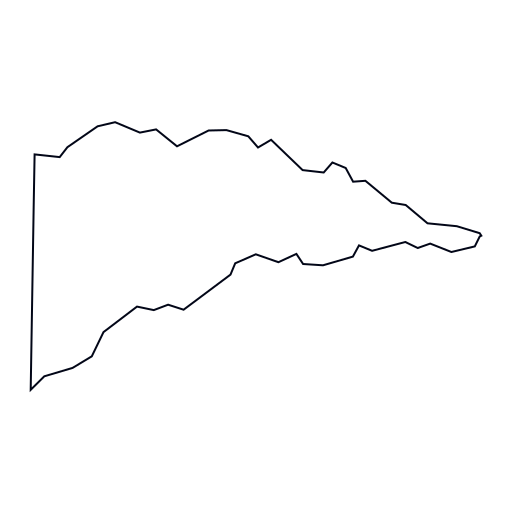 outline of Delta, Texas, United States of America
{"feature_id": "52423323B91707505421918", "entity_name": "Delta", "entity_type": "district", "adm_level": 2, "iso_a3": "USA", "parent_name": "United States of America", "parent_adm1": "Texas", "projection": "orthographic", "projection_center": [-95.581, 33.357], "detail": "fine", "context": "isolated", "style": "outline", "palette": "ink", "viewbox_px": 512, "rotation_deg": 0, "n_neighbors": 0, "source": "geoboundaries", "source_scale": "gbopen_adm2", "svg_char_len": 741}
<svg xmlns="http://www.w3.org/2000/svg" viewBox="0 0 512 512"><path d="M33.7,205.1L30.7,389.8L44.3,376.3L72.6,367.9L91.8,356.3L103.5,332.1L137.0,306.6L153.8,310.1L168.1,304.7L183.6,309.7L230.5,274.6L235.2,263.3L255.8,254.3L278.4,262.2L296.4,253.9L303.1,264.0L323.0,265.3L352.9,256.6L359.0,245.4L372.1,250.8L405.3,242.0L417.7,248.0L430.2,243.6L451.4,252.0L474.8,246.4L479.7,236.5L481.3,235.7L479.7,233.2L456.8,226.2L427.5,223.3L405.7,205.0L391.8,202.7L365.4,180.8L353.1,181.7L345.7,168.0L332.4,162.5L323.7,172.5L302.6,170.1L271.1,139.8L258.0,147.5L248.3,136.3L226.4,130.1L208.6,130.5L177.0,146.3L156.1,129.4L139.9,132.6L115.1,122.2L97.6,126.3L67.4,147.2L59.7,157.1L34.6,154.4L33.7,205.1Z" fill="none" stroke="#020617" stroke-width="2"/></svg>